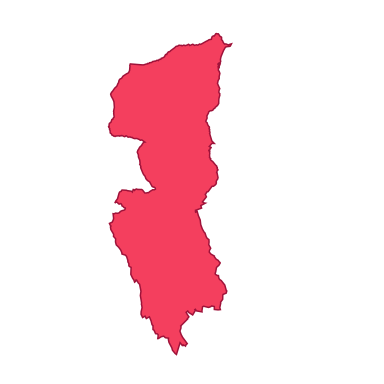 the district of Covasna, Covasna, Romania, rotated 246°
{"feature_id": "2599482B78914670326666", "entity_name": "Covasna", "entity_type": "district", "adm_level": 2, "iso_a3": "ROU", "parent_name": "Romania", "parent_adm1": "Covasna", "projection": "albers", "projection_center": [26.263, 45.799], "detail": "fine", "context": "isolated", "style": "filled", "palette": "rose", "viewbox_px": 384, "rotation_deg": 246, "n_neighbors": 0, "source": "geoboundaries", "source_scale": "gbopen_adm2", "svg_char_len": 6078}
<svg xmlns="http://www.w3.org/2000/svg" viewBox="0 0 384 384"><g transform="rotate(246 192 192)"><path d="M311.3,288.3L311.6,286.1L311.4,285.2L313.5,283.2L313.9,281.9L315.6,281.4L318.0,281.4L319.3,280.9L320.8,281.8L321.6,281.9L322.6,281.0L325.8,280.4L326.1,279.6L326.9,278.6L326.9,278.1L325.5,275.9L325.9,275.1L325.8,273.7L324.7,272.6L323.6,271.8L324.2,269.5L323.9,267.9L323.9,266.3L323.3,260.0L324.1,259.2L323.8,257.0L324.6,256.1L325.0,253.8L326.0,253.4L326.7,252.7L326.7,249.6L327.8,249.3L328.4,248.8L328.2,247.7L328.5,245.2L329.5,244.4L329.6,242.3L330.4,241.8L330.7,240.8L331.4,239.9L331.1,238.0L331.4,237.4L331.5,236.6L330.9,235.0L329.8,230.0L329.3,228.8L329.6,227.4L328.3,225.0L327.9,224.8L328.3,223.9L327.9,223.1L326.7,221.9L326.4,219.3L326.7,218.4L325.9,217.4L326.3,216.5L326.4,215.8L325.7,214.8L326.6,213.7L326.4,211.7L326.8,211.1L326.9,210.0L327.2,209.5L326.8,207.6L327.4,205.8L326.9,204.8L327.5,203.9L327.2,203.4L327.5,202.3L327.8,199.6L328.4,198.2L334.1,187.7L333.0,186.7L332.0,186.4L328.4,184.4L326.9,182.7L326.6,181.7L326.6,180.3L325.9,176.1L324.5,173.9L324.5,172.5L324.3,171.7L323.6,170.7L321.7,169.3L321.1,168.3L319.6,166.8L319.1,166.0L318.3,163.6L316.1,160.0L315.9,159.2L314.5,157.5L312.6,157.2L308.8,157.5L306.2,157.4L300.9,155.5L297.5,153.1L296.8,153.1L295.6,152.4L292.2,151.4L291.4,149.8L290.7,149.3L290.8,148.3L288.7,146.3L288.3,144.5L287.8,144.0L286.1,143.1L285.8,142.5L285.3,142.7L284.9,142.3L283.4,142.6L282.5,142.0L281.6,142.2L279.2,141.3L277.9,142.0L276.3,142.1L275.6,143.0L274.9,143.2L274.5,144.0L274.0,144.3L274.1,145.0L273.3,147.6L272.5,148.6L272.7,149.3L272.1,149.9L272.2,150.9L270.0,152.8L269.9,153.4L270.2,154.5L270.0,154.9L268.1,155.9L267.4,158.0L266.5,158.6L266.3,159.5L265.4,159.9L264.2,161.1L263.3,163.4L261.3,165.3L260.3,165.8L260.0,167.3L256.8,169.2L257.1,168.0L255.6,165.5L255.1,165.1L254.2,162.4L252.6,160.4L252.3,159.7L250.7,158.2L247.8,158.1L245.8,157.3L242.4,157.2L239.2,156.2L238.6,155.5L237.5,155.7L235.7,155.5L235.1,155.0L229.5,154.8L227.5,154.9L225.5,155.5L222.9,155.3L220.6,156.0L218.5,157.4L213.3,157.8L212.1,158.7L212.0,159.2L211.6,159.6L211.0,159.9L210.2,160.0L209.4,159.7L209.4,158.3L210.1,156.9L209.9,156.2L209.7,154.2L209.1,151.9L209.5,151.1L209.7,149.8L210.3,148.5L213.9,147.6L214.8,147.0L216.5,143.3L217.3,142.6L217.4,141.3L216.8,140.2L217.9,139.8L218.2,139.3L217.3,138.7L216.9,137.8L216.3,137.5L217.4,136.9L219.5,133.5L220.2,132.9L222.2,129.0L222.2,128.5L221.4,127.6L221.5,126.4L221.3,125.7L220.4,124.7L216.1,121.2L214.8,118.8L213.3,117.0L213.6,118.5L213.2,119.2L212.9,119.5L210.9,120.2L210.4,121.0L210.5,121.9L210.2,122.4L208.7,122.6L207.7,122.4L206.9,123.1L205.4,123.6L204.5,124.6L204.2,124.5L203.1,123.4L203.1,122.0L203.4,120.8L203.4,118.5L202.7,117.5L202.6,116.8L202.9,115.1L203.8,113.7L203.8,111.9L204.3,111.1L199.9,109.7L198.5,108.7L196.9,106.8L196.9,103.8L194.9,103.8L194.0,104.1L194.0,103.8L193.0,103.2L190.7,102.6L185.6,103.2L184.7,103.0L183.4,102.2L180.3,103.2L177.5,101.8L174.5,101.3L171.5,102.5L167.9,103.3L165.1,103.2L163.8,102.8L161.3,105.6L159.6,106.0L155.8,105.6L154.1,105.0L152.3,105.2L150.2,104.3L149.3,104.6L147.9,105.7L141.6,102.6L137.3,102.7L135.3,103.1L133.0,102.9L133.3,104.1L134.4,105.0L134.1,105.6L130.9,105.9L129.0,106.6L122.1,105.0L118.4,102.7L111.4,100.9L109.7,100.0L109.0,100.0L106.6,99.3L103.4,96.9L101.0,95.7L97.4,95.8L97.7,98.6L95.0,98.8L95.3,102.3L90.9,102.2L87.0,101.5L85.8,102.0L82.2,100.4L81.2,101.1L77.4,101.1L76.5,102.6L75.6,103.0L73.9,102.3L72.0,101.1L71.8,101.6L72.3,105.0L71.8,107.5L69.7,108.4L68.0,111.1L66.8,110.4L63.9,109.8L57.9,110.2L55.4,109.8L51.4,110.9L49.9,111.7L59.2,119.8L55.7,120.7L56.0,121.6L55.4,121.8L55.5,122.0L55.1,122.2L54.7,123.0L53.9,123.4L54.7,124.2L55.4,126.0L63.1,124.3L66.2,124.1L69.9,124.4L72.0,126.4L73.7,127.3L74.2,127.2L77.7,136.2L78.0,136.1L79.2,138.4L81.3,138.0L84.5,137.7L85.0,139.7L83.3,140.0L79.4,142.6L82.6,147.1L83.4,146.8L83.5,147.4L81.6,147.7L78.4,152.4L79.5,152.8L82.9,155.0L82.9,156.2L79.8,160.2L79.6,162.4L79.9,163.6L78.3,165.8L75.6,164.6L73.7,167.9L73.0,170.1L75.0,170.3L78.7,173.0L79.7,173.3L81.5,176.4L85.3,178.2L85.8,178.8L85.7,182.1L87.4,183.5L87.7,183.2L93.7,184.1L99.2,182.7L100.6,181.8L101.6,181.5L102.9,181.6L104.9,182.2L105.2,181.5L106.3,180.5L107.5,179.9L108.3,180.1L109.3,181.1L113.0,183.6L113.6,184.9L114.0,186.6L115.7,188.9L116.3,188.9L116.9,188.5L118.9,188.1L120.7,186.8L123.6,186.1L124.4,186.4L127.5,184.1L130.1,183.3L131.6,184.3L133.0,186.2L137.1,185.9L139.3,187.2L141.6,188.1L143.6,187.0L145.5,186.8L149.2,187.2L150.6,186.7L154.0,186.4L158.6,186.7L163.0,188.1L167.8,188.2L172.0,188.8L172.1,187.1L173.3,187.4L173.5,188.7L173.8,188.5L173.4,194.2L176.0,194.5L176.4,199.6L177.0,198.7L178.7,197.5L181.7,203.2L184.5,203.2L184.6,203.7L186.0,205.6L185.8,206.9L189.1,212.7L188.5,213.9L188.9,215.7L189.3,216.9L190.4,218.0L191.0,218.0L191.7,218.4L192.7,219.4L193.2,220.5L194.5,221.6L199.4,222.7L199.7,222.4L201.3,223.8L201.5,224.6L202.1,224.8L202.9,224.4L204.2,225.1L205.0,224.8L205.7,225.1L207.0,224.5L211.5,223.3L213.1,222.3L214.7,222.1L214.9,222.6L216.6,222.1L217.0,222.5L218.5,223.0L220.3,224.1L221.3,224.2L221.8,224.7L222.2,224.4L222.8,224.9L223.1,224.4L223.4,224.7L223.1,225.2L223.2,225.5L224.5,226.3L224.6,227.4L224.9,227.6L226.6,226.3L228.3,230.0L227.3,232.1L230.6,230.9L238.4,231.9L238.6,232.4L239.7,232.8L240.5,232.6L241.6,233.5L242.8,233.3L243.3,233.9L244.4,234.3L245.5,233.9L247.2,233.7L249.1,234.0L250.3,233.4L251.1,233.4L253.3,235.8L255.5,236.6L257.5,239.2L258.4,239.8L258.7,241.0L258.7,242.1L258.3,243.0L258.3,244.4L259.1,245.5L259.2,246.9L259.8,247.5L260.7,250.5L262.0,252.4L265.4,254.0L267.1,255.1L269.1,256.8L269.5,256.8L270.4,257.4L271.8,257.0L272.5,257.2L274.2,258.4L275.1,259.4L280.7,259.4L283.2,261.2L284.5,263.0L286.3,263.7L289.0,265.7L291.3,265.9L292.4,265.6L294.4,266.5L295.9,266.8L296.1,267.0L294.5,266.6L294.3,267.1L294.6,267.5L295.7,267.9L297.7,270.0L298.2,269.8L298.3,269.2L297.9,267.8L298.3,267.7L298.8,268.8L298.8,270.4L299.4,271.2L301.6,271.9L303.9,273.6L308.4,278.3L310.6,281.3L310.7,281.6L310.5,283.2L309.7,285.6L309.7,286.3L311.3,288.3Z" fill="#f43f5e" stroke="#9f1239" stroke-width="1.5"/></g></svg>